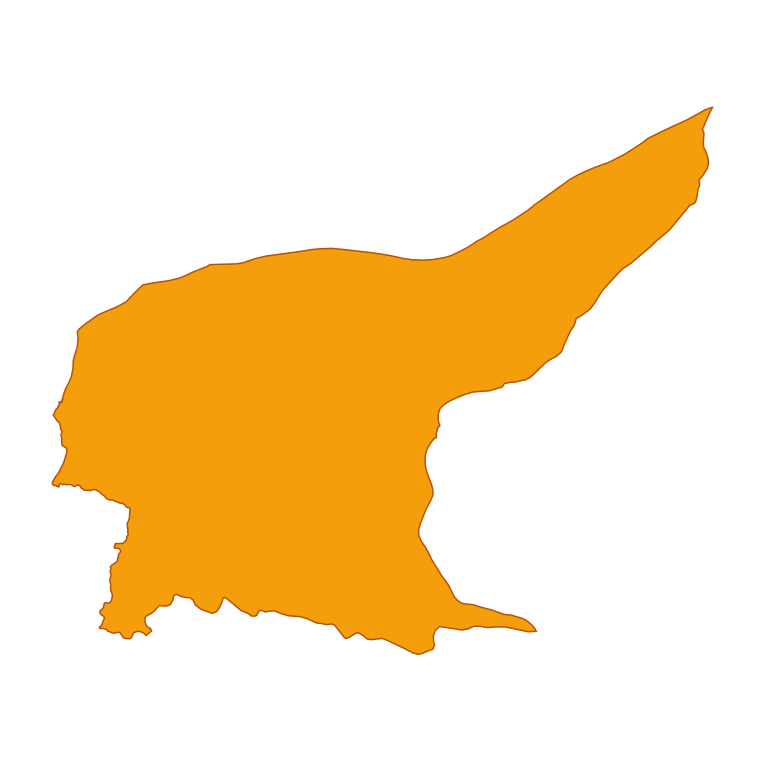 outline of Sangthong, Vientiane [prefecture], Laos, rotated 269°
{"feature_id": "54806243B2404656271674", "entity_name": "Sangthong", "entity_type": "district", "adm_level": 2, "iso_a3": "LAO", "parent_name": "Laos", "parent_adm1": "Vientiane [prefecture]", "projection": "mercator", "projection_center": [102.117, 18.241], "detail": "fine", "context": "isolated", "style": "filled", "palette": "amber", "viewbox_px": 768, "rotation_deg": 269, "n_neighbors": 0, "source": "geoboundaries", "source_scale": "gbopen_adm2", "svg_char_len": 6053}
<svg xmlns="http://www.w3.org/2000/svg" viewBox="0 0 768 768"><g transform="rotate(269 384 384)"><path d="M141.8,103.2L141.0,105.6L140.3,106.9L139.8,108.2L139.7,110.2L139.8,111.6L140.4,114.1L140.2,115.1L139.6,116.1L138.0,117.1L136.2,118.0L135.2,118.7L134.8,119.4L134.3,120.4L133.8,123.1L133.8,125.1L133.9,125.8L134.3,126.3L135.4,127.4L138.1,128.5L139.4,129.4L140.2,130.4L140.8,132.7L140.9,133.9L140.7,135.3L140.5,136.4L139.7,138.4L138.9,139.8L136.7,141.8L141.2,147.4L143.6,146.2L144.0,145.7L144.5,144.6L145.4,143.2L146.7,142.2L147.7,141.7L149.9,141.1L151.9,140.8L154.0,140.9L154.8,141.1L155.5,141.6L156.0,142.0L156.4,142.7L158.0,146.1L160.3,149.6L166.4,155.5L165.7,162.2L167.0,166.4L171.9,169.2L176.0,170.1L177.3,172.9L175.1,177.5L173.8,182.9L173.8,186.2L171.4,189.3L166.1,191.7L161.7,197.5L157.7,208.6L159.5,212.7L162.8,215.3L169.4,218.4L172.9,219.3L173.2,221.7L167.0,229.2L160.0,237.1L157.0,244.1L154.3,247.5L154.2,251.3L155.2,253.0L159.5,255.2L159.8,257.6L158.1,261.8L159.0,265.4L159.0,270.5L156.4,276.7L154.0,284.1L152.8,296.1L150.8,302.9L146.3,312.2L145.6,317.6L144.4,321.8L145.0,327.2L143.7,330.5L131.7,339.5L130.2,341.3L131.4,345.1L134.5,350.0L136.0,353.0L133.2,358.4L129.3,362.7L128.6,366.8L129.7,377.7L128.2,381.5L119.6,399.0L114.6,408.3L113.2,413.2L114.0,417.5L116.9,424.9L117.9,428.2L121.8,429.9L126.8,429.0L131.3,428.9L136.5,430.9L140.6,435.3L138.3,448.7L136.7,457.5L137.7,464.0L140.3,469.7L140.0,476.0L138.6,483.4L139.2,491.4L139.0,500.8L136.3,513.0L133.7,524.0L134.1,531.9L137.2,530.3L139.8,528.3L144.1,523.6L146.0,520.9L147.3,517.9L150.6,507.7L151.3,501.4L151.7,499.6L156.3,487.4L159.8,474.8L161.5,470.4L162.2,466.2L162.5,462.5L163.5,457.6L166.8,453.2L169.6,450.9L173.0,449.1L181.1,445.4L184.3,443.3L191.9,437.9L196.4,435.4L200.8,432.6L208.1,428.4L214.9,425.3L219.3,423.1L224.3,419.7L227.6,417.8L232.1,416.2L235.2,416.0L238.5,416.2L244.0,418.0L258.3,424.0L264.3,427.4L270.9,430.6L273.7,431.2L279.2,430.6L283.7,429.4L294.2,425.6L299.8,424.2L305.8,423.7L310.2,423.9L314.9,424.7L319.4,426.7L321.4,427.8L326.2,431.1L328.3,433.0L329.0,433.9L329.4,435.4L333.7,435.4L339.6,437.2L341.2,439.2L344.1,438.2L346.8,437.6L352.6,437.8L355.7,438.5L358.9,439.9L362.4,443.8L365.1,447.9L368.9,456.2L372.5,465.5L373.3,469.3L374.2,471.3L374.7,476.7L375.4,489.2L379.0,502.3L382.4,504.4L383.5,510.6L383.8,515.9L385.1,521.4L385.5,525.0L387.8,529.9L391.7,534.6L394.8,537.6L402.7,546.3L404.9,549.6L406.4,552.2L407.5,554.7L408.6,556.6L413.0,561.9L415.0,562.9L419.9,564.7L433.4,571.1L438.7,574.8L443.0,576.5L446.1,577.3L448.7,581.9L451.6,586.4L456.0,592.0L461.6,596.2L473.2,603.7L482.4,612.1L494.6,624.0L500.1,632.6L517.3,653.6L522.6,659.2L530.2,668.7L533.6,672.6L557.6,693.1L558.5,696.2L560.3,698.5L563.9,699.8L567.5,700.5L573.0,701.2L576.5,702.9L579.3,703.1L582.1,702.2L586.6,706.2L593.6,710.7L596.9,711.9L600.7,712.3L604.4,711.8L611.4,709.7L615.1,707.7L619.8,707.5L625.1,707.9L628.0,708.3L630.7,708.0L632.6,706.7L646.7,713.0L654.8,717.2L654.7,716.2L652.3,709.4L648.9,703.2L643.2,692.3L639.8,684.8L636.7,677.4L625.2,652.6L619.1,644.2L609.9,629.3L602.0,613.4L596.9,598.7L592.9,588.7L589.4,581.1L585.7,574.0L560.2,537.3L554.6,530.1L544.4,513.7L539.3,503.9L533.2,493.6L528.5,486.1L525.2,479.5L520.0,471.5L515.0,461.7L511.3,453.6L509.4,446.8L507.7,435.9L507.1,425.9L507.8,414.0L509.1,405.8L512.3,392.4L514.4,380.9L515.6,372.9L519.5,343.5L520.5,334.0L520.3,322.2L519.7,313.9L518.6,306.9L517.6,299.1L514.9,276.4L514.0,268.3L511.5,257.3L507.7,245.3L506.7,238.5L506.4,212.0L504.6,209.1L499.4,195.2L496.0,187.8L493.6,181.8L491.0,170.3L489.3,156.0L487.3,144.8L484.6,141.6L477.2,133.9L470.7,127.7L465.4,117.2L462.0,108.6L458.1,99.4L449.4,86.6L444.4,80.3L441.5,78.2L435.3,79.0L426.3,78.0L418.4,75.3L412.7,73.7L405.7,73.4L397.0,71.6L389.4,68.2L384.9,65.6L377.3,62.8L375.3,62.3L374.8,62.3L374.2,62.7L373.7,62.5L373.7,61.7L373.4,61.3L372.9,61.4L372.2,61.9L371.7,62.0L371.3,61.8L371.1,61.2L371.2,60.5L372.0,59.4L371.8,58.9L370.8,58.8L369.4,59.2L368.9,59.0L367.9,57.9L366.7,57.8L366.1,57.5L365.2,56.3L363.8,55.3L362.3,54.5L359.6,53.5L358.7,52.7L355.6,54.8L353.1,56.4L351.6,58.1L349.0,59.5L348.0,59.7L344.8,59.7L343.1,60.8L342.4,61.2L341.6,61.3L341.1,61.2L339.4,60.1L338.7,60.1L335.5,60.9L332.0,60.7L328.8,61.0L328.2,61.3L325.2,65.4L321.6,65.8L311.4,62.5L300.5,56.9L296.5,53.6L291.7,50.8L289.7,50.8L288.3,52.1L288.2,54.3L286.9,56.3L286.8,57.1L287.1,57.4L288.4,57.4L289.3,57.7L289.9,58.2L290.2,59.1L290.0,59.6L288.9,61.1L288.9,61.6L289.4,62.7L289.4,63.2L288.7,65.4L289.0,67.2L288.9,68.8L288.6,69.8L287.0,72.3L286.9,72.8L286.9,73.6L288.2,75.1L288.2,76.3L287.5,78.4L287.3,78.7L285.8,79.2L285.1,79.6L284.4,80.8L283.0,82.8L282.9,86.5L282.5,87.9L282.7,89.6L283.4,90.8L283.6,91.8L283.4,93.4L283.2,94.1L282.1,95.6L281.1,97.8L279.0,99.6L277.5,101.8L274.5,104.4L274.0,105.0L273.0,107.0L272.9,110.5L272.2,111.5L271.6,113.4L270.7,114.8L270.5,116.2L269.6,117.5L269.4,120.4L268.5,121.5L267.9,122.8L266.2,123.7L265.5,124.3L264.9,125.9L264.7,127.5L264.2,127.9L253.8,127.0L248.7,124.8L246.0,124.9L241.4,125.5L241.1,125.2L240.3,125.1L239.0,125.6L238.0,125.6L237.1,125.1L236.3,124.4L235.2,124.0L232.6,123.7L231.5,122.8L230.7,121.6L229.5,120.7L229.1,120.2L229.3,117.4L229.0,116.0L229.3,113.7L229.0,112.6L228.6,112.2L227.5,112.7L225.8,111.4L224.9,111.5L224.5,112.2L224.3,115.6L223.7,116.8L222.6,117.5L221.2,117.7L220.0,117.2L219.2,116.3L218.4,115.6L216.4,115.4L214.4,114.8L212.5,114.5L211.4,114.1L210.5,113.3L207.5,108.4L206.1,107.2L205.7,107.3L205.0,107.7L203.9,107.8L201.7,106.9L200.8,106.9L198.5,107.7L197.7,107.8L193.3,106.5L191.3,106.5L188.8,107.3L187.7,107.4L186.2,107.1L182.6,107.2L180.9,107.7L178.5,108.7L176.3,108.6L174.1,108.1L172.2,107.5L171.1,106.9L170.6,106.4L170.2,105.8L169.9,105.0L169.8,103.7L170.2,102.6L170.2,101.8L170.1,101.2L169.8,100.8L168.7,100.2L165.6,99.6L165.1,99.4L164.1,98.5L163.0,96.9L162.5,96.4L161.4,96.0L159.6,96.1L158.0,97.4L156.7,99.5L155.8,100.2L154.5,100.3L152.4,99.1L148.1,97.7L147.1,96.9L146.2,95.4L145.9,95.2L145.2,95.2L144.6,95.6L144.5,95.9L144.5,98.2L143.7,101.6L143.5,102.1L142.6,103.0L141.8,103.2Z" fill="#f59e0b" stroke="#b45309" stroke-width="1.5"/></g></svg>